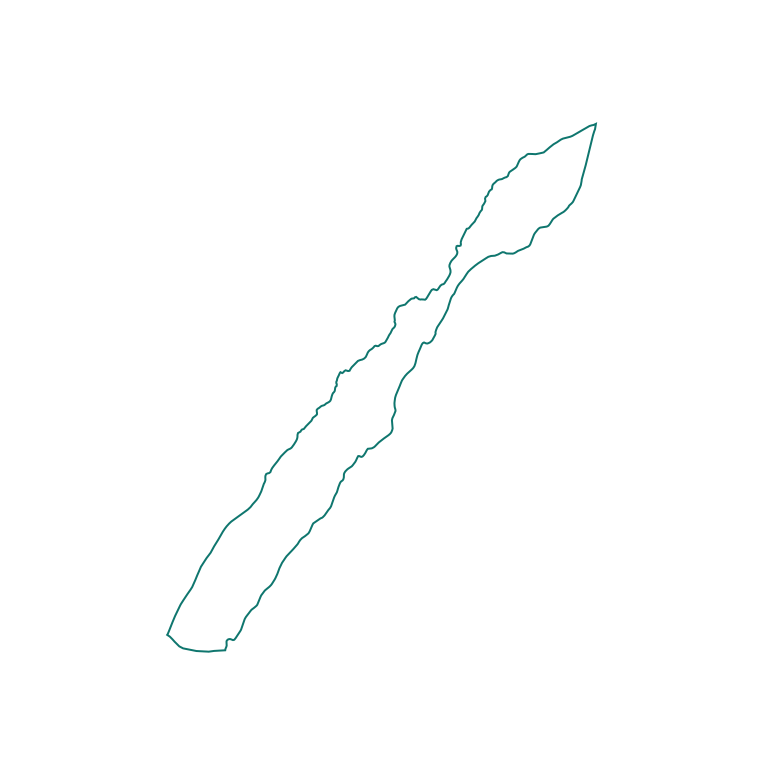 outline of Santa Cruz Muluá, Retalhuleu, Guatemala, rotated 201°
{"feature_id": "79465075B78170683113897", "entity_name": "Santa Cruz Muluá", "entity_type": "district", "adm_level": 2, "iso_a3": "GTM", "parent_name": "Guatemala", "parent_adm1": "Retalhuleu", "projection": "equal_earth", "projection_center": [-91.661, 14.45], "detail": "fine", "context": "isolated", "style": "outline", "palette": "teal", "viewbox_px": 768, "rotation_deg": 201, "n_neighbors": 0, "source": "geoboundaries", "source_scale": "gbopen_adm2", "svg_char_len": 6140}
<svg xmlns="http://www.w3.org/2000/svg" viewBox="0 0 768 768"><g transform="rotate(201 384 384)"><path d="M279.4,702.8L281.2,700.9L282.8,699.9L284.6,698.5L289.4,692.6L297.0,683.2L298.7,681.6L304.9,677.2L306.5,675.5L309.1,671.7L311.6,668.6L314.1,664.4L316.0,660.8L317.9,657.4L321.2,655.2L324.8,652.9L328.5,651.7L331.7,650.5L332.5,649.8L334.1,646.6L335.7,644.9L337.1,642.9L337.6,641.4L337.8,639.5L338.0,635.2L338.2,634.1L339.0,632.5L342.7,627.1L343.0,625.8L342.9,622.5L343.8,621.0L344.7,620.4L346.3,618.8L346.9,618.0L347.6,617.4L349.8,616.1L350.8,615.1L351.6,614.0L352.4,612.1L353.3,610.5L353.7,609.5L353.9,608.4L353.7,607.0L353.3,605.8L353.2,604.3L354.1,603.3L354.9,601.2L354.9,597.5L355.3,596.2L356.1,595.1L356.1,593.3L354.9,591.1L355.2,588.2L355.7,586.3L355.9,585.2L355.4,583.4L355.1,582.4L355.1,581.4L355.7,579.9L356.1,578.0L356.2,575.5L356.7,573.3L357.1,572.0L357.5,568.3L359.3,563.9L360.0,561.7L360.3,560.6L361.0,559.4L362.4,558.5L363.4,547.0L363.2,544.1L362.9,543.1L362.3,542.2L362.1,540.7L363.3,539.7L364.6,539.5L365.6,538.7L365.4,536.8L364.6,535.5L363.5,534.4L362.8,533.5L362.4,532.0L362.4,530.9L362.7,529.3L363.2,527.8L364.3,525.3L365.1,523.3L365.5,520.9L365.5,518.5L365.0,517.0L362.9,514.3L362.3,513.1L361.9,511.9L361.8,510.1L361.9,508.4L362.6,504.2L363.3,501.5L363.4,500.5L364.0,498.9L364.7,498.2L365.4,497.8L366.5,496.2L367.0,494.3L367.3,492.9L367.7,491.4L368.4,490.5L371.9,490.2L373.1,489.0L373.5,487.6L374.8,480.2L375.2,478.5L375.9,477.4L377.2,477.1L379.4,476.4L380.3,475.9L381.8,475.7L385.2,476.8L386.3,475.9L386.5,474.9L387.8,474.1L388.5,473.8L389.2,473.1L390.9,470.1L392.7,465.7L397.0,462.6L397.8,461.7L398.5,460.5L398.8,459.1L399.1,454.3L399.0,452.3L398.5,450.8L396.7,447.3L396.5,445.8L395.2,444.6L394.6,443.5L394.5,441.5L394.9,440.1L395.4,439.2L395.8,438.2L396.2,433.5L396.6,432.2L396.8,430.9L397.0,428.5L397.4,425.9L397.7,423.9L398.1,422.9L398.8,422.1L400.4,420.8L401.3,419.9L402.2,418.5L402.7,417.5L403.9,416.9L405.4,416.8L406.4,416.0L406.9,414.5L407.4,413.4L408.1,412.1L409.1,410.9L409.7,409.8L410.1,408.8L410.4,407.5L410.5,405.0L410.7,402.7L411.6,400.7L413.0,399.1L415.1,397.6L416.6,396.2L420.1,388.2L420.4,387.1L420.7,385.6L420.9,384.0L422.2,383.2L424.0,383.1L424.8,383.0L425.7,381.7L426.2,380.2L427.0,379.2L428.9,379.4L429.2,378.3L429.3,376.1L429.6,372.6L429.4,371.3L429.2,370.2L429.3,369.1L428.9,367.8L428.0,366.9L427.5,365.2L428.1,364.3L428.2,363.0L427.8,361.3L427.5,359.9L427.8,358.4L428.3,357.4L428.5,355.9L428.4,353.8L428.0,350.7L428.1,349.1L428.6,348.0L429.3,347.0L431.0,345.1L431.5,344.1L432.1,343.0L433.0,342.2L434.0,341.5L434.8,340.6L435.9,338.6L437.1,337.0L437.5,335.5L437.0,334.4L436.1,332.8L435.7,331.5L436.6,329.6L437.6,328.1L438.3,326.9L438.6,323.7L441.6,316.8L442.8,313.2L444.1,312.3L444.7,311.0L444.9,309.6L446.7,307.4L446.5,305.4L445.9,303.8L445.6,302.5L445.5,300.9L445.7,298.9L446.4,295.3L447.4,291.6L447.9,290.7L448.4,290.0L449.2,289.2L450.5,287.8L452.0,284.7L454.3,279.4L455.7,273.9L457.4,268.6L458.2,265.7L458.5,263.7L458.5,261.0L459.4,259.6L460.7,258.8L461.7,257.7L461.8,256.0L461.5,254.7L460.3,251.9L460.2,250.6L460.2,249.1L460.4,247.9L460.1,239.8L460.4,235.7L460.7,233.0L461.5,229.9L463.5,224.7L464.5,221.3L466.1,218.0L477.3,200.8L478.6,198.1L479.9,194.7L480.7,192.0L481.5,188.5L482.9,179.5L484.4,171.7L485.4,164.3L487.3,157.8L489.4,147.8L489.6,142.6L489.8,138.5L489.9,133.3L490.3,125.7L490.9,122.7L492.2,117.5L493.8,110.4L494.8,105.5L495.0,103.5L495.9,92.5L496.1,86.0L496.2,76.3L496.3,73.0L496.5,72.1L493.4,71.4L490.1,69.9L487.0,68.3L481.1,65.7L476.8,65.2L463.4,67.5L451.7,71.3L447.0,73.9L436.8,78.5L437.1,80.1L437.0,81.6L437.1,83.3L438.7,87.0L438.8,88.1L438.0,89.7L437.2,90.3L436.4,90.7L435.5,90.8L433.2,90.8L432.1,91.6L431.4,93.8L429.6,102.0L429.4,103.5L429.8,114.4L429.6,116.0L429.4,117.1L427.1,124.9L426.7,125.9L424.9,128.8L423.6,131.2L423.2,132.4L423.0,141.1L422.9,142.6L421.3,148.3L420.7,149.5L418.3,153.7L417.4,155.8L417.0,157.2L416.0,162.3L415.8,163.9L415.5,168.5L415.6,174.6L415.1,180.5L413.7,186.6L413.2,188.4L409.5,197.4L407.6,202.6L407.2,203.8L406.8,206.2L406.3,208.3L405.3,210.7L403.2,213.7L401.0,217.5L400.6,219.8L400.3,227.0L400.1,228.5L395.1,235.8L394.0,236.8L393.4,237.7L392.4,240.0L390.8,246.4L389.9,249.0L389.6,250.9L389.9,260.2L389.8,262.2L389.5,264.0L389.2,266.0L389.3,267.7L389.6,271.4L389.6,275.6L389.3,277.3L388.1,279.2L387.8,280.4L388.0,282.3L389.1,285.5L389.1,287.0L388.8,288.5L387.8,290.9L387.1,292.1L384.6,295.6L384.1,296.9L382.9,301.0L382.7,302.6L382.5,305.9L382.2,307.5L380.9,307.9L380.1,307.7L378.9,307.9L378.1,308.6L377.6,309.6L377.2,310.8L376.7,313.1L376.4,315.9L375.9,317.7L372.8,319.3L372.1,319.8L370.8,321.3L370.2,322.3L367.9,327.6L364.6,333.1L361.4,337.9L360.4,339.8L359.9,341.3L359.8,343.6L360.0,345.5L363.6,353.0L363.9,355.1L363.6,358.6L363.6,363.0L364.3,364.4L365.6,366.1L366.3,367.4L367.4,369.9L368.0,372.2L368.7,375.3L368.9,378.1L368.6,388.0L368.6,390.3L368.5,393.4L368.3,394.7L367.2,399.0L366.1,401.9L363.2,407.6L362.5,409.3L362.2,410.6L362.0,411.7L362.1,414.7L362.8,419.6L363.2,423.1L363.2,426.2L363.0,429.9L362.9,433.8L362.7,435.2L362.4,436.1L361.5,437.1L359.4,437.0L358.1,437.3L357.1,438.1L356.0,439.3L355.1,441.0L354.6,442.3L353.9,447.5L353.8,449.3L354.5,450.8L354.7,452.8L354.7,455.3L354.6,456.4L352.8,464.5L352.4,466.5L351.4,476.4L351.5,478.1L351.8,480.9L352.0,484.4L352.2,487.9L352.0,489.9L351.5,491.7L350.8,493.3L350.7,494.9L350.5,499.9L350.3,501.7L350.0,503.1L349.5,504.9L348.2,508.3L347.5,510.4L346.3,516.2L345.6,519.0L343.9,522.6L341.4,527.1L339.2,530.6L333.8,538.0L332.2,540.1L329.9,541.9L326.5,543.5L323.9,545.8L322.8,547.1L322.0,548.1L320.7,549.5L319.0,550.0L316.4,549.8L310.6,551.8L309.6,552.5L308.3,553.9L306.6,556.3L302.1,560.4L300.1,562.7L298.7,563.9L297.8,565.4L297.5,567.0L297.5,577.0L297.3,578.5L296.8,580.2L295.6,583.9L295.0,585.0L294.2,586.0L288.6,589.2L287.8,589.9L287.1,590.9L286.5,592.8L285.5,597.8L285.1,599.0L282.2,603.7L279.1,607.7L278.1,608.9L277.4,610.1L276.6,611.7L275.7,613.9L275.3,615.2L275.1,616.8L274.6,617.9L273.6,619.8L272.9,621.6L272.7,623.2L271.5,638.2L271.5,640.2L272.3,644.4L272.7,645.8L274.1,660.5L278.0,690.9L278.3,695.3L278.3,697.5L279.4,702.8Z" fill="none" stroke="#0f766e" stroke-width="2"/></g></svg>